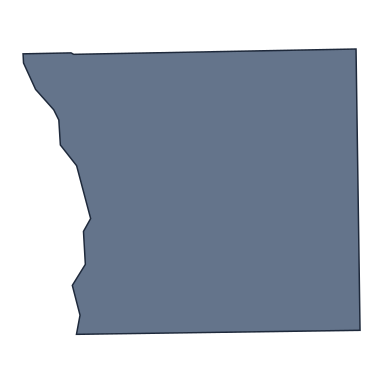 outline of Butler, Nebraska, United States of America, rotated 269°
{"feature_id": "52423323B7887140210254", "entity_name": "Butler", "entity_type": "district", "adm_level": 2, "iso_a3": "USA", "parent_name": "United States of America", "parent_adm1": "Nebraska", "projection": "albers", "projection_center": [-97.07, 41.251], "detail": "fine", "context": "isolated", "style": "filled", "palette": "slate", "viewbox_px": 384, "rotation_deg": 269, "n_neighbors": 0, "source": "geoboundaries", "source_scale": "gbopen_adm2", "svg_char_len": 392}
<svg xmlns="http://www.w3.org/2000/svg" viewBox="0 0 384 384"><g transform="rotate(269 192 192)"><path d="M330.6,358.5L332.1,358.5L331.7,76.1L333.2,73.5L333.1,28.0L333.1,25.5L323.9,25.8L297.3,37.4L276.6,55.2L266.3,60.1L241.3,61.2L220.3,77.1L167.2,90.2L154.5,82.8L121.5,84.1L100.7,70.7L70.8,77.9L51.7,74.0L50.8,357.6L330.6,358.5Z" fill="#64748b" stroke="#1e293b" stroke-width="1.5"/></g></svg>